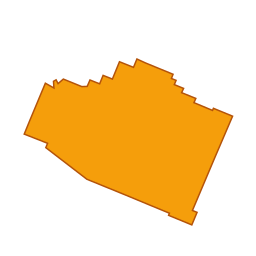 Madison, Arkansas, United States of America, rotated 291°
{"feature_id": "52423323B84636308996882", "entity_name": "Madison", "entity_type": "district", "adm_level": 2, "iso_a3": "USA", "parent_name": "United States of America", "parent_adm1": "Arkansas", "projection": "equal_earth", "projection_center": [-93.669, 36.034], "detail": "fine", "context": "isolated", "style": "filled", "palette": "amber", "viewbox_px": 256, "rotation_deg": 291, "n_neighbors": 0, "source": "geoboundaries", "source_scale": "gbopen_adm2", "svg_char_len": 654}
<svg xmlns="http://www.w3.org/2000/svg" viewBox="0 0 256 256"><g transform="rotate(291 128 128)"><path d="M80.2,58.3L65.4,108.0L65.0,127.8L64.6,147.1L63.8,177.2L63.3,197.2L61.0,197.2L60.4,222.3L74.0,222.7L74.1,217.7L130.2,219.6L176.5,221.4L177.0,200.7L174.7,200.6L175.3,180.5L179.9,180.7L180.2,165.4L184.9,165.7L185.1,155.7L189.7,155.8L189.8,150.8L194.3,150.8L195.0,121.0L195.6,111.6L186.6,111.4L186.8,96.3L168.1,95.9L168.2,85.9L159.1,85.7L159.1,82.0L159.2,75.3L152.2,75.0L150.1,70.0L150.5,50.1L144.4,46.8L147.2,43.6L144.9,41.7L138.8,44.5L140.2,34.8L99.0,33.6L85.1,33.3L84.9,58.4L80.2,58.3Z" fill="#f59e0b" stroke="#b45309" stroke-width="1.5"/></g></svg>